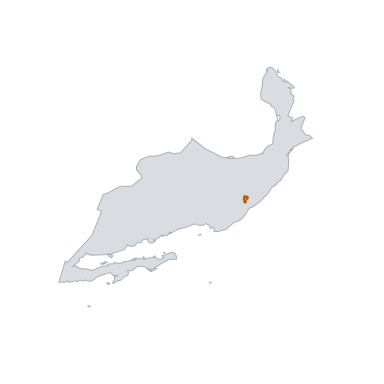 location of Huetamo, Michoacán, Mexico, rotated 292°
{"feature_id": "50627088B12818336981253", "entity_name": "Huetamo", "entity_type": "district", "adm_level": 2, "iso_a3": "MEX", "parent_name": "Mexico", "parent_adm1": "Michoacán", "projection": "mercator", "projection_center": [-101.141, 18.66], "detail": "fine", "context": "in_parent", "style": "filled", "palette": "amber", "viewbox_px": 384, "rotation_deg": 292, "n_neighbors": 0, "source": "geoboundaries", "source_scale": "gbopen_adm2", "svg_char_len": 5145}
<svg xmlns="http://www.w3.org/2000/svg" viewBox="0 0 384 384"><g transform="rotate(292 192 192)"><path d="M58.4,102.4L80.5,100.4L79.5,102.7L114.3,115.5L140.3,115.4L140.3,110.6L156.5,110.7L159.3,114.1L170.6,123.4L173.3,131.2L175.3,134.1L185.8,140.2L189.2,137.9L191.7,132.2L194.9,131.0L202.5,132.0L208.8,138.3L213.0,147.2L220.2,155.3L220.7,160.4L223.9,166.7L239.8,172.5L241.9,171.6L237.1,187.6L235.5,206.4L236.2,210.4L240.4,215.7L239.5,218.6L239.7,215.7L236.3,211.2L237.4,215.4L241.5,224.1L248.2,232.4L249.8,237.5L254.5,242.7L253.2,242.6L255.9,243.9L255.0,243.1L259.9,243.8L263.5,245.6L266.6,248.9L274.9,246.4L281.0,246.0L285.1,244.0L289.4,243.6L290.2,244.4L289.9,245.4L293.4,246.1L295.8,244.5L295.2,241.8L294.0,242.5L294.3,241.9L300.7,237.4L301.1,233.7L303.0,231.6L303.1,225.7L304.3,221.2L309.2,218.6L317.8,217.2L321.6,215.7L325.8,215.4L332.8,216.9L333.3,215.9L331.5,215.9L333.9,215.2L336.7,217.2L337.2,219.8L335.7,223.4L331.2,228.8L331.0,232.5L328.7,234.7L329.1,235.5L331.2,235.2L329.0,237.4L329.0,238.3L330.5,238.1L327.7,247.1L327.0,247.9L325.5,245.9L325.2,242.5L323.2,246.0L321.1,246.2L318.5,250.9L315.5,250.8L315.2,252.3L298.4,252.3L298.4,257.7L294.6,257.7L303.7,266.0L303.4,269.0L291.6,269.1L287.3,276.6L288.5,278.6L287.0,283.6L278.4,275.0L271.6,269.2L267.4,267.0L266.9,267.6L270.8,269.6L264.7,267.8L265.1,266.4L263.5,267.0L262.5,265.7L261.4,267.1L263.4,267.7L260.4,268.0L257.3,270.0L247.7,273.1L241.6,270.6L236.3,270.0L232.8,267.8L229.3,266.8L227.1,264.6L218.5,262.8L207.9,258.2L201.0,253.9L198.1,250.9L190.9,249.9L184.1,247.4L179.8,242.5L170.4,237.8L165.4,231.3L163.7,227.3L167.4,225.4L166.8,223.7L165.1,223.2L167.6,220.1L167.9,216.5L165.8,215.2L163.8,211.6L163.9,208.2L162.5,205.2L156.9,199.5L152.0,192.7L144.4,186.7L146.6,187.9L146.7,186.6L142.7,185.3L139.7,180.6L141.8,180.7L135.9,177.5L135.0,175.9L132.8,176.5L132.4,175.8L134.1,173.9L131.3,175.4L129.5,174.0L129.2,170.9L131.2,168.1L132.0,168.6L130.5,165.8L128.6,163.9L126.1,164.0L124.4,160.2L121.3,159.3L119.5,157.6L118.2,154.2L119.0,152.0L113.6,151.0L104.0,140.0L103.5,137.3L102.1,136.5L95.8,122.7L95.3,118.5L95.9,117.0L90.6,115.3L89.4,113.0L87.6,112.2L85.8,113.5L78.6,109.3L79.9,112.0L79.1,117.3L80.7,121.5L82.1,129.4L89.4,136.3L91.8,140.9L92.8,140.7L93.4,142.1L94.5,142.3L95.5,145.3L97.5,146.2L98.8,152.4L102.5,155.6L103.8,159.0L105.5,160.2L106.8,164.3L108.3,165.3L107.4,162.2L109.5,164.0L112.0,173.4L114.4,176.1L117.6,182.7L117.1,185.5L117.8,188.1L120.5,190.5L121.5,188.0L129.2,196.7L128.5,199.9L125.5,202.3L123.8,202.6L120.6,195.5L108.4,185.9L107.3,186.0L104.9,183.0L104.3,181.0L105.0,176.4L103.9,172.1L102.1,169.0L96.2,165.3L94.9,161.5L93.8,163.1L90.9,163.8L88.6,161.3L83.1,158.7L82.2,156.5L78.0,153.4L77.7,152.3L81.9,152.9L84.4,151.9L84.4,152.9L86.5,154.0L85.7,151.5L84.7,151.3L86.7,146.2L78.6,136.5L71.8,132.2L70.6,130.0L70.5,126.4L68.8,125.2L68.2,121.1L66.1,119.3L65.7,116.8L62.7,112.9L62.2,111.1L63.1,109.8L61.0,108.2L58.4,102.4ZM103.7,140.1L103.0,142.6L100.8,141.8L101.6,138.0L102.9,137.6L103.7,140.1ZM94.9,139.6L91.8,136.9L91.0,134.1L92.5,135.1L92.9,136.6L94.5,137.0L94.9,139.6ZM335.6,228.1L334.9,227.4L335.3,226.3L337.2,225.4L335.6,228.1ZM105.0,186.0L102.8,183.5L104.1,178.5L103.7,183.0L105.0,186.0ZM76.4,149.9L74.7,149.5L75.8,146.8L76.6,148.8L76.4,149.9ZM48.2,140.8L46.8,139.0L47.1,138.2L47.6,138.2L48.2,140.8ZM106.8,186.1L108.2,188.0L105.4,186.1L106.8,186.1ZM156.0,215.3L155.7,216.1L155.0,215.8L154.7,214.4L156.0,215.3ZM118.4,181.0L118.9,182.5L117.5,180.6L118.4,181.0ZM113.0,170.8L113.8,171.5L112.6,172.9L113.0,170.8ZM115.5,243.4L114.9,243.6L114.1,243.0L114.8,242.2L115.5,243.4ZM292.3,243.6L290.8,244.0L293.4,243.2L292.3,243.6ZM125.8,189.6L125.0,189.5L124.9,188.0L125.8,189.6Z" fill="#d9dde1" stroke="#a8b0b8" stroke-width="1"/><path d="M208.1,245.9L207.9,245.8L208.0,245.7L207.9,245.7L208.0,245.7L208.1,245.4L208.1,245.2L208.1,244.9L208.0,244.6L207.9,244.5L207.9,244.4L208.0,244.3L208.0,244.2L207.9,244.1L207.9,243.9L207.9,244.0L207.9,243.9L208.0,243.8L208.0,243.7L207.9,243.6L208.0,243.4L207.9,243.2L208.0,243.2L207.9,243.1L207.9,242.9L207.9,242.7L207.9,242.4L207.7,242.4L207.8,242.3L207.7,242.3L207.7,242.2L207.7,242.3L207.5,242.2L207.5,242.3L207.4,242.3L207.2,242.3L207.1,242.5L207.1,242.3L206.9,242.3L206.7,242.4L206.6,242.5L206.4,242.6L206.3,242.4L206.2,242.4L206.1,242.2L205.9,242.1L205.7,242.1L205.5,242.3L205.4,242.4L205.3,242.5L205.2,242.5L204.9,242.6L204.7,242.7L204.4,242.7L204.4,242.8L204.4,243.0L204.3,243.3L204.2,243.3L204.0,243.5L203.8,243.6L203.7,243.7L203.4,243.7L203.3,243.8L203.3,243.7L203.2,243.7L202.9,243.7L202.7,243.7L202.5,243.8L202.4,243.8L202.5,244.0L202.5,244.3L202.4,244.5L202.3,244.8L202.4,245.0L202.3,245.3L202.2,245.3L202.2,245.5L202.1,245.8L202.3,245.8L202.3,245.7L202.4,245.8L202.5,245.8L202.5,245.7L202.8,245.6L203.0,245.6L203.3,245.5L203.4,245.4L203.5,245.4L203.8,245.4L204.0,245.3L204.3,245.4L204.5,245.4L204.7,245.5L204.8,245.5L205.0,245.5L205.3,245.5L205.6,245.6L205.8,245.6L206.0,245.5L206.2,245.4L206.3,245.5L206.4,245.4L206.4,245.5L206.5,245.7L206.5,245.8L206.8,245.9L206.9,246.0L207.0,246.2L207.3,246.2L207.5,246.1L207.6,245.9L207.8,245.9L208.0,246.0L208.1,245.9Z" fill="#f59e0b" stroke="#b45309" stroke-width="1.5"/></g></svg>